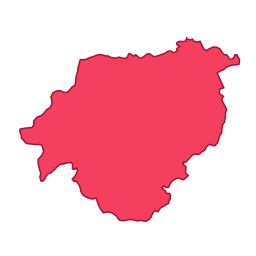 Maran, Pahang, Malaysia (Mercator projection), rotated 93°
{"feature_id": "92858781B75033719782494", "entity_name": "Maran", "entity_type": "district", "adm_level": 2, "iso_a3": "MYS", "parent_name": "Malaysia", "parent_adm1": "Pahang", "projection": "mercator", "projection_center": [102.676, 3.6], "detail": "fine", "context": "isolated", "style": "filled", "palette": "rose", "viewbox_px": 256, "rotation_deg": 93, "n_neighbors": 0, "source": "geoboundaries", "source_scale": "gbopen_adm2", "svg_char_len": 2977}
<svg xmlns="http://www.w3.org/2000/svg" viewBox="0 0 256 256"><g transform="rotate(93 128 128)"><path d="M35.1,74.0L38.3,75.2L38.8,77.9L38.8,81.2L40.1,83.6L42.3,83.6L43.6,80.8L46.3,83.4L48.7,83.2L50.5,86.5L48.9,89.2L49.1,91.8L50.5,93.8L51.6,95.1L52.7,98.0L54.0,101.1L55.1,103.9L55.3,106.1L54.0,108.4L52.7,110.3L53.1,112.8L55.1,115.0L56.6,117.0L57.5,118.7L57.5,120.3L55.8,122.3L54.4,124.0L56.0,126.2L54.9,127.8L53.6,130.0L53.8,131.1L56.0,132.0L58.0,132.9L58.6,134.8L58.4,137.7L57.7,140.6L58.9,144.1L58.6,146.8L58.4,148.7L57.1,151.6L57.1,154.9L56.0,159.3L56.9,163.1L58.4,166.2L59.5,169.3L60.8,171.9L61.9,174.3L62.2,177.0L62.2,179.2L70.3,181.0L74.1,181.2L77.4,182.1L81.6,182.7L84.2,182.7L88.2,183.2L90.0,186.0L93.3,188.3L95.7,190.9L95.7,194.2L94.2,197.5L94.8,201.7L96.8,204.8L100.8,206.6L104.1,205.7L107.8,205.2L111.6,206.8L114.0,210.1L117.1,212.3L120.0,215.2L122.0,219.4L125.9,222.5L129.5,222.2L132.6,223.8L133.0,227.1L133.7,231.5L134.8,235.7L137.2,235.9L137.6,235.7L140.3,234.4L143.8,233.7L145.6,231.7L148.2,229.5L148.9,227.3L149.3,219.6L149.1,215.6L149.8,212.8L152.7,212.1L156.0,211.0L159.3,212.3L164.1,216.1L168.8,215.8L172.1,214.7L174.9,213.9L177.4,212.8L182.0,213.4L184.7,212.4L185.5,212.1L185.5,210.3L183.6,208.6L180.2,207.2L178.0,205.5L176.9,202.8L172.7,198.6L169.9,196.2L167.7,193.6L167.4,190.9L166.1,187.4L165.5,183.6L166.6,181.4L171.6,181.4L172.3,179.9L170.8,177.2L173.4,176.1L178.3,178.1L182.2,181.0L184.2,179.0L183.8,176.6L185.3,175.7L188.0,173.5L191.1,172.4L193.9,171.7L196.8,169.9L198.6,167.3L200.3,163.1L200.8,159.6L199.7,156.3L201.2,155.4L204.1,154.5L207.4,152.9L209.8,151.6L212.2,149.6L214.0,148.1L212.9,143.9L213.6,139.7L215.1,137.3L216.9,134.4L219.1,133.3L220.6,131.3L220.9,128.0L220.4,125.6L219.5,122.7L219.3,119.4L219.8,116.5L220.4,113.4L219.5,111.0L220.3,105.4L218.0,101.9L215.8,100.3L213.1,99.5L212.5,98.9L210.3,98.0L208.9,96.6L210.0,95.1L209.8,93.5L207.7,92.4L206.0,91.0L203.5,87.2L201.9,84.9L201.2,83.4L199.1,83.5L197.1,82.2L194.9,82.1L192.5,82.1L191.2,83.1L191.2,85.3L190.9,86.5L189.1,87.2L187.9,88.7L186.1,90.8L184.0,89.4L185.3,87.0L185.3,84.9L184.3,83.9L182.3,83.4L178.9,81.5L177.4,79.5L176.1,77.4L175.2,74.7L175.9,72.9L176.8,70.5L176.2,69.2L174.4,67.4L172.3,65.3L170.9,67.1L169.9,68.0L167.6,68.2L165.5,68.1L163.5,68.1L162.2,69.9L161.0,71.3L159.0,70.6L159.3,68.8L158.0,67.4L153.2,63.7L151.5,61.9L150.5,59.6L150.8,56.5L150.1,55.0L148.0,53.1L146.8,51.1L145.4,49.7L143.2,48.9L141.8,47.9L140.1,45.9L140.8,42.8L141.3,41.5L140.9,40.0L138.2,37.9L130.1,35.7L127.9,34.2L124.0,34.2L119.5,33.5L117.1,32.0L111.8,31.3L107.8,31.5L104.5,30.4L94.8,36.0L91.3,34.4L88.9,38.4L84.5,38.6L82.9,34.4L68.3,41.9L66.1,38.4L64.6,35.3L62.4,33.3L60.8,30.4L59.7,27.1L59.3,23.4L58.6,20.5L54.2,20.1L51.1,21.8L49.1,23.2L49.4,25.4L51.6,25.6L53.6,27.4L54.0,29.8L49.8,33.1L49.8,35.5L47.4,38.2L44.3,40.2L42.7,43.5L42.7,47.2L44.9,51.4L46.5,53.6L45.2,56.5L37.7,60.5L38.5,63.6L38.1,66.4L35.9,68.4L36.8,70.6L36.1,73.5L35.1,74.0Z" fill="#f43f5e" stroke="#9f1239" stroke-width="1.5"/></g></svg>